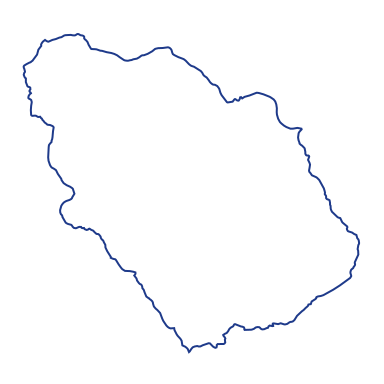 the district of Quelicai, Baucau, East Timor, rotated 269°
{"feature_id": "22284137B85640858688348", "entity_name": "Quelicai", "entity_type": "district", "adm_level": 2, "iso_a3": "TLS", "parent_name": "East Timor", "parent_adm1": "Baucau", "projection": "albers", "projection_center": [126.562, -8.598], "detail": "fine", "context": "isolated", "style": "outline", "palette": "blue", "viewbox_px": 384, "rotation_deg": 269, "n_neighbors": 0, "source": "geoboundaries", "source_scale": "gbopen_adm2", "svg_char_len": 5874}
<svg xmlns="http://www.w3.org/2000/svg" viewBox="0 0 384 384"><g transform="rotate(269 192 192)"><path d="M346.6,47.7L344.9,45.5L343.3,44.3L342.1,43.7L340.7,43.8L337.0,40.9L332.1,39.5L326.0,34.8L325.3,33.7L324.8,33.2L324.4,32.5L324.3,31.9L322.7,28.7L321.3,26.4L320.5,25.9L319.1,26.0L318.3,26.4L315.4,27.1L314.8,27.0L313.9,26.3L312.1,25.8L309.9,26.6L309.1,27.1L308.5,27.9L304.8,27.8L300.7,29.3L300.1,30.0L299.6,31.6L299.1,32.1L297.4,32.2L296.2,31.3L295.3,31.3L294.7,31.8L294.2,32.4L293.5,32.7L292.8,31.7L291.2,30.5L289.9,30.1L288.9,30.0L288.1,30.7L287.4,32.1L286.8,32.8L285.0,33.3L284.3,33.3L281.1,32.7L276.7,32.3L271.9,32.5L271.2,33.0L270.9,34.0L271.1,35.7L271.0,37.2L269.8,39.2L269.7,40.0L269.9,41.5L268.5,42.4L268.1,43.1L266.6,43.8L266.0,44.5L264.1,45.9L262.8,47.6L262.1,48.2L261.7,49.1L261.5,51.1L261.2,51.9L260.3,53.8L259.5,54.6L258.9,54.8L255.2,54.1L249.4,53.5L247.2,53.1L245.8,52.5L244.4,52.4L243.0,51.0L241.4,49.8L239.4,49.5L229.1,48.8L225.7,49.1L221.4,50.5L219.7,51.5L218.9,52.2L217.6,54.5L216.2,56.4L212.4,58.2L207.5,61.5L206.1,61.8L203.1,63.8L201.0,66.8L199.4,70.2L198.0,72.2L197.3,72.9L192.3,74.4L189.0,72.3L187.8,71.8L187.1,71.1L186.2,69.4L185.2,66.2L184.4,64.7L183.6,63.5L182.0,62.1L180.5,61.1L176.2,59.8L173.9,59.9L172.0,60.6L171.3,61.4L170.0,62.0L169.3,62.0L163.7,65.1L163.0,65.9L162.2,67.5L161.3,70.6L160.8,71.2L159.3,72.1L158.2,73.2L157.8,75.0L157.9,75.7L158.9,78.0L159.1,78.9L159.0,80.5L158.1,81.0L157.8,81.7L157.9,83.4L157.1,83.7L156.6,84.3L155.9,86.0L156.2,87.3L156.9,88.1L157.1,88.9L155.9,90.6L155.2,92.3L154.7,92.9L153.7,93.7L151.8,95.7L151.5,97.7L151.0,98.3L149.1,99.8L147.8,100.0L146.1,101.0L145.6,101.8L144.5,102.6L143.3,103.0L140.7,104.4L138.0,104.5L134.3,106.2L128.5,109.7L127.6,109.6L126.6,111.9L126.0,114.2L125.3,114.8L120.9,117.4L117.7,119.6L116.1,120.9L114.3,123.6L114.0,128.5L113.3,131.9L112.6,134.0L111.5,134.1L110.7,133.8L109.5,132.8L106.5,135.0L104.5,135.5L101.9,137.3L101.0,138.2L100.3,139.6L99.6,140.1L98.5,140.5L96.5,140.8L95.4,141.8L94.6,142.2L92.6,142.8L88.3,144.5L86.7,146.6L86.4,147.3L85.7,147.7L85.0,148.8L83.4,150.4L82.0,151.0L81.0,151.1L78.2,151.9L76.0,153.7L74.7,155.2L71.6,158.0L65.7,160.1L63.5,161.1L59.0,164.0L57.5,165.4L56.4,167.0L56.0,168.3L56.2,171.8L54.2,172.1L49.9,174.2L48.4,175.2L45.5,177.8L43.5,179.0L38.8,179.7L37.4,182.6L36.2,184.0L35.1,185.0L32.0,186.2L32.7,187.0L35.0,188.5L36.7,190.0L37.5,192.0L37.9,194.5L37.4,196.1L37.4,197.1L37.5,197.8L38.6,200.1L40.5,206.0L40.3,207.3L37.1,210.3L36.2,211.7L35.8,212.6L36.2,213.8L37.5,214.1L38.6,214.1L39.5,215.0L39.5,221.0L39.9,221.8L40.9,222.6L43.8,222.3L44.9,222.8L46.0,222.3L47.8,220.9L48.5,220.7L49.6,222.3L50.4,224.2L52.2,225.7L54.2,226.8L55.6,228.2L57.0,230.8L58.5,231.7L59.0,232.1L59.1,232.8L56.7,238.6L56.4,240.2L55.7,241.6L54.6,242.0L53.8,241.9L53.2,242.2L53.3,249.2L54.1,251.5L55.4,253.3L55.8,254.9L55.7,256.7L55.1,257.6L54.2,258.3L53.5,259.5L53.4,260.1L53.6,261.9L54.6,264.2L54.9,265.6L56.3,266.2L57.1,267.3L56.5,270.0L56.6,270.8L57.4,270.7L58.2,270.3L59.0,270.5L59.2,271.4L58.4,275.8L59.2,278.4L58.0,282.0L58.0,283.0L58.5,285.0L59.9,287.0L60.4,288.1L60.4,289.0L60.8,290.5L62.1,292.1L66.4,294.9L70.9,299.9L72.1,301.6L74.0,303.5L75.4,305.2L76.3,306.1L77.4,306.4L77.6,307.0L77.8,308.8L78.9,309.2L79.9,309.5L80.5,309.8L82.7,313.4L83.5,314.3L84.2,314.3L84.8,314.7L85.4,316.2L85.8,319.1L86.6,321.6L91.8,331.4L96.0,338.2L103.3,348.6L105.0,349.7L105.6,349.7L108.2,349.0L109.2,349.0L110.9,349.5L111.7,350.0L113.1,351.8L114.4,352.4L114.9,352.9L116.2,353.7L117.1,353.8L118.1,353.5L119.0,353.6L126.5,357.2L130.4,357.1L132.0,356.6L136.1,357.4L136.9,357.9L138.0,358.2L140.5,357.9L141.7,357.5L142.8,356.5L146.2,355.6L147.1,353.5L148.7,351.3L149.9,347.7L150.3,347.1L151.8,346.3L152.8,346.2L153.7,346.7L154.8,346.6L158.7,342.1L159.5,341.5L163.3,339.8L163.9,337.8L164.4,337.0L169.8,331.6L171.8,330.7L172.9,330.4L175.8,330.3L176.8,329.8L178.9,329.8L181.3,329.4L182.0,328.4L182.2,327.5L182.6,326.7L183.5,326.0L185.5,326.0L186.3,325.7L187.0,325.0L187.7,324.7L188.8,325.0L190.4,324.7L193.3,323.9L201.8,319.4L204.0,317.3L204.7,316.3L206.6,312.2L208.9,310.7L210.2,309.6L211.5,309.4L213.8,309.9L217.3,310.5L219.1,310.0L222.1,308.6L225.3,309.8L226.1,309.5L226.5,308.8L226.4,307.8L226.8,306.8L228.2,306.0L230.2,306.0L233.6,305.4L234.2,305.0L236.4,302.9L237.3,301.6L238.5,300.4L239.4,300.3L242.0,299.4L244.7,299.0L248.7,299.6L249.5,299.9L250.5,300.6L252.7,302.7L253.4,302.5L254.2,298.9L254.2,298.1L253.6,294.3L253.6,291.5L255.3,287.5L256.8,285.1L259.0,282.5L260.5,281.1L263.8,279.4L267.8,278.3L270.3,278.1L274.3,278.3L278.1,277.8L281.1,276.8L283.1,275.3L284.9,272.8L285.8,271.4L287.1,268.3L288.4,265.2L289.7,261.0L290.0,259.6L290.1,258.3L287.5,251.2L286.2,246.2L284.7,243.8L286.0,242.7L285.8,241.8L284.0,241.3L282.7,240.4L282.5,239.8L282.9,238.5L284.1,237.0L284.1,236.3L283.4,235.6L281.6,234.2L280.9,229.3L281.2,228.5L288.3,223.3L290.8,222.1L294.5,221.1L295.6,220.5L297.5,219.1L298.8,216.8L299.0,215.1L299.3,214.4L300.5,212.9L301.7,211.8L303.5,210.7L306.2,208.7L307.8,206.4L308.9,205.4L311.1,204.3L312.8,202.9L317.2,196.2L318.1,193.6L318.6,192.8L319.8,191.3L323.5,187.9L325.0,186.0L326.7,181.8L327.0,180.9L329.2,176.7L330.2,175.3L331.6,174.7L334.3,174.0L335.4,173.3L336.2,172.5L336.8,171.5L337.1,170.5L336.5,165.3L336.4,160.7L336.0,158.7L335.7,157.6L333.4,154.7L330.9,150.1L329.6,146.4L329.5,144.6L329.2,143.8L327.6,141.6L326.3,139.2L325.7,135.6L325.0,133.9L324.8,132.2L324.4,130.7L324.4,129.3L324.7,127.3L325.1,126.3L328.0,122.1L330.0,119.5L331.4,116.7L332.4,113.7L333.3,109.1L334.7,104.6L334.9,102.8L336.3,99.0L336.5,97.3L336.7,94.1L337.0,93.5L341.0,91.2L343.7,90.2L345.6,88.7L346.4,87.7L347.4,86.9L349.1,86.9L349.9,86.3L350.4,85.1L350.7,83.3L351.7,81.6L352.0,80.7L351.8,79.8L350.8,78.2L350.6,77.0L350.8,75.2L351.2,73.6L351.0,68.1L350.7,66.9L349.1,64.2L348.7,62.1L347.3,58.5L346.5,55.1L344.8,51.1L345.0,50.2L345.6,49.0L346.6,47.7Z" fill="none" stroke="#1e3a8a" stroke-width="2"/></g></svg>